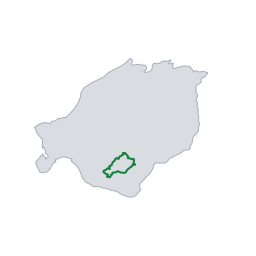 Neamt highlighted on a map of Romania, rotated 143°
{"feature_id": "ROU-309", "entity_name": "Neamt", "entity_type": "County", "adm_level": 1, "iso_a3": "ROU", "parent_name": "Romania", "parent_adm1": "", "projection": "robinson", "projection_center": [26.462, 46.963], "detail": "medium", "context": "in_parent", "style": "outline", "palette": "green", "viewbox_px": 256, "rotation_deg": 143, "n_neighbors": 0, "source": "natural_earth", "source_scale": "10m", "svg_char_len": 5004}
<svg xmlns="http://www.w3.org/2000/svg" viewBox="0 0 256 256"><g transform="rotate(143 128 128)"><path d="M194.2,140.9L196.4,143.5L199.1,144.9L205.5,146.4L206.1,146.2L206.1,145.9L205.7,145.6L205.6,145.1L205.9,144.5L206.8,144.4L208.3,145.0L211.0,144.2L215.0,142.1L218.7,141.7L222.1,142.9L223.8,144.4L224.9,145.7L224.6,147.4L224.4,148.5L223.6,152.9L223.0,154.5L222.1,156.4L211.6,158.6L212.3,157.5L212.0,155.6L211.5,154.2L212.5,153.0L210.1,152.5L209.1,153.2L208.3,154.4L209.1,157.2L207.9,158.8L207.5,159.6L207.5,161.7L206.8,162.6L206.7,163.5L208.3,163.3L207.6,165.0L204.5,168.4L203.4,170.4L203.8,178.5L202.4,183.3L202.3,184.7L198.9,184.7L197.9,184.6L194.8,183.9L191.2,182.6L189.1,180.1L187.7,178.4L184.7,179.2L184.1,179.0L183.3,178.1L181.0,177.5L178.2,177.5L171.9,174.3L171.2,173.7L166.2,174.3L158.8,175.9L153.2,177.9L147.3,181.4L144.9,184.0L142.2,185.5L138.2,186.5L131.2,186.1L124.0,184.8L116.1,183.3L111.9,184.1L106.2,183.5L97.6,181.8L91.2,181.3L84.8,182.3L83.8,181.5L83.5,180.6L83.8,179.4L84.7,178.4L86.3,177.6L87.1,176.8L87.2,176.0L85.5,174.8L82.0,173.0L80.5,171.9L80.2,171.7L80.1,170.7L79.4,169.9L78.0,169.3L77.0,168.3L76.3,166.8L76.5,165.5L77.6,164.1L78.9,163.6L80.6,163.8L81.3,163.4L81.0,162.5L79.4,161.3L76.5,159.9L73.4,160.7L70.3,163.6L68.0,164.1L66.7,162.1L64.3,160.9L60.8,160.5L58.7,159.8L57.9,158.6L56.4,157.7L53.1,156.8L53.1,155.9L53.6,155.7L54.8,155.6L56.4,155.4L56.7,154.9L56.7,154.4L55.5,153.8L54.2,153.4L53.5,153.0L53.1,152.6L53.0,152.1L53.4,151.8L53.9,151.8L54.5,151.5L54.8,150.4L55.5,149.5L56.0,149.2L56.0,148.6L55.5,148.0L54.8,147.4L53.8,147.1L50.6,146.2L49.0,144.9L48.0,144.9L46.5,144.2L44.8,143.1L43.4,141.5L41.9,140.5L41.5,140.0L41.5,139.6L41.8,139.2L41.8,138.7L41.4,137.2L41.7,135.5L41.7,134.0L41.7,133.3L41.4,133.1L41.1,133.3L40.7,133.6L40.3,133.7L39.2,132.5L37.8,130.3L36.8,129.5L34.9,128.4L33.3,127.6L32.2,125.7L31.1,124.2L31.9,123.6L36.5,122.7L38.7,123.6L39.7,123.2L40.6,122.6L41.2,122.0L41.3,121.4L41.8,120.7L43.3,120.4L47.5,120.8L49.2,119.8L49.8,119.2L50.2,118.0L50.7,117.0L52.2,116.5L52.2,115.6L52.0,114.6L52.9,112.4L53.4,111.5L54.3,111.2L55.3,110.5L57.1,109.1L56.7,107.8L57.1,106.9L59.0,104.6L60.4,102.5L60.4,101.4L60.7,100.4L61.9,99.4L63.2,98.1L65.0,93.8L65.7,93.1L66.8,92.3L67.7,91.5L67.8,88.7L68.6,87.9L70.1,87.0L71.6,85.6L72.9,83.9L73.8,83.1L75.1,82.9L76.4,82.2L77.9,81.9L79.4,82.3L80.3,82.1L81.7,81.3L85.3,78.1L85.8,77.5L86.5,77.1L89.4,76.0L90.2,74.9L91.2,74.0L92.4,74.0L96.6,76.4L101.0,76.3L101.8,76.4L102.1,76.4L102.6,76.6L108.5,77.8L109.5,77.7L112.1,78.6L114.2,78.4L116.2,77.7L118.3,77.5L120.2,77.9L121.6,79.3L125.4,82.2L126.5,83.3L128.2,83.2L130.2,82.6L132.1,80.7L138.1,78.4L142.6,77.9L147.1,77.0L152.2,76.4L153.7,74.5L154.5,73.3L155.1,71.0L157.9,70.3L160.5,69.9L161.4,69.6L163.3,69.5L164.8,69.7L167.1,70.8L168.7,72.2L169.4,73.4L170.7,75.0L172.2,77.2L173.8,80.2L174.2,81.7L174.8,83.3L176.0,85.3L178.3,87.5L178.6,87.9L179.6,89.5L181.6,92.9L183.3,94.3L184.8,95.8L185.5,97.3L186.5,98.7L189.0,100.5L191.0,102.1L192.6,106.8L193.8,109.0L194.5,110.7L194.2,114.0L194.6,115.5L193.7,118.1L192.1,123.4L191.8,127.6L192.1,129.9L192.1,131.4L192.5,132.3L193.0,134.2L193.1,135.9L192.5,136.4L191.7,136.8L191.3,137.1L192.1,137.9L193.2,139.3L194.2,140.9Z" fill="#d9dde1" stroke="#a8b0b8" stroke-width="1"/><path d="M145.4,104.5L146.1,104.5L146.2,104.4L146.2,104.2L146.1,103.8L145.9,103.5L145.0,102.8L144.6,102.4L143.8,100.9L143.5,100.6L143.2,100.4L142.2,100.1L142.2,99.5L142.4,98.9L142.7,98.4L143.6,97.5L144.7,96.8L145.1,96.6L145.2,96.3L145.3,96.1L145.2,95.9L144.6,95.3L144.3,94.9L144.2,94.7L144.3,94.6L144.5,94.5L144.9,94.6L146.1,95.5L146.4,95.6L146.7,95.7L147.0,95.6L148.5,95.0L148.8,95.0L149.7,95.3L150.1,95.3L151.1,95.1L153.4,95.1L154.1,95.0L156.0,94.1L156.5,94.0L157.3,94.1L158.0,94.4L158.7,95.1L160.1,96.3L161.1,97.6L162.0,99.6L162.3,99.7L163.5,99.7L164.1,99.9L164.9,100.2L166.1,101.0L166.6,101.3L167.4,101.4L167.7,101.4L167.9,101.3L168.2,100.8L168.4,100.6L168.7,100.5L170.0,100.8L170.2,100.7L171.1,99.8L171.4,99.7L171.7,99.6L172.2,99.7L172.4,99.8L172.6,100.0L172.8,100.4L173.0,100.7L173.7,101.3L173.9,101.5L174.1,101.8L173.8,102.1L173.2,102.2L172.5,102.5L172.2,102.7L172.1,103.0L172.8,104.0L173.3,104.8L173.4,105.1L173.5,105.9L174.0,107.0L174.0,107.4L174.0,107.7L173.8,108.1L173.0,108.4L172.2,108.2L170.6,107.9L168.6,108.1L168.2,107.8L167.9,107.5L167.8,107.3L167.8,106.8L167.7,106.6L167.3,106.3L167.1,106.3L167.0,106.8L166.9,107.0L166.3,107.5L166.2,107.7L166.2,108.3L166.1,108.5L165.9,108.7L165.5,108.8L165.2,108.8L164.3,108.3L163.8,108.1L163.4,108.2L163.1,108.3L162.8,108.8L161.6,109.3L161.3,109.4L160.7,110.0L160.4,110.0L159.6,109.9L158.9,110.0L158.1,110.0L157.7,110.3L157.3,110.7L157.1,110.8L156.8,110.9L154.9,110.8L154.9,110.7L155.0,110.2L154.9,110.1L154.5,109.3L154.3,109.2L154.0,109.1L153.5,109.2L152.3,110.0L151.8,110.2L151.4,110.2L151.1,110.2L150.5,109.9L150.0,109.8L149.0,110.0L147.4,109.6L146.9,109.8L147.1,110.8L147.0,111.0L146.6,110.8L145.6,109.9L145.4,109.7L145.3,109.3L145.1,104.9L145.2,104.7L145.4,104.5Z" fill="none" stroke="#15803d" stroke-width="2"/></g></svg>